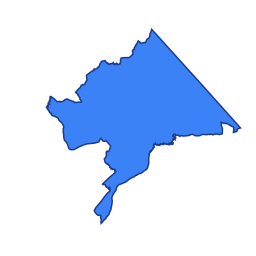 the district of Kasongo, Maniema, Democratic Republic of the Congo, rotated 228°
{"feature_id": "63176286B88012685356826", "entity_name": "Kasongo", "entity_type": "district", "adm_level": 2, "iso_a3": "COD", "parent_name": "Democratic Republic of the Congo", "parent_adm1": "Maniema", "projection": "orthographic", "projection_center": [26.428, -4.177], "detail": "fine", "context": "isolated", "style": "filled", "palette": "blue", "viewbox_px": 256, "rotation_deg": 228, "n_neighbors": 0, "source": "geoboundaries", "source_scale": "gbopen_adm2", "svg_char_len": 5661}
<svg xmlns="http://www.w3.org/2000/svg" viewBox="0 0 256 256"><g transform="rotate(228 128 128)"><path d="M203.1,91.8L203.3,90.9L202.5,90.5L202.0,90.9L202.2,90.2L201.8,90.2L201.8,89.5L201.4,89.3L201.1,88.3L200.9,88.2L200.6,88.4L200.1,88.1L200.1,87.7L200.5,87.5L200.6,87.1L200.0,86.7L199.6,86.3L199.8,85.5L199.1,85.7L199.1,84.9L198.6,85.0L198.9,84.7L198.5,83.6L197.7,83.1L198.0,82.8L197.4,82.4L197.9,82.3L197.7,82.1L198.2,81.9L197.7,81.0L197.0,81.3L196.4,81.2L195.7,80.7L195.4,81.0L193.7,80.5L193.0,80.6L191.8,80.1L191.2,80.2L190.7,80.7L190.1,80.3L189.7,80.5L189.5,80.1L187.9,80.0L185.8,81.3L184.3,81.9L184.0,81.9L183.5,82.3L181.9,82.6L180.8,82.1L179.5,81.8L175.7,82.3L172.3,81.3L171.6,80.8L170.9,79.4L169.1,78.2L168.7,77.3L167.0,76.4L164.3,74.2L161.5,72.6L158.7,72.7L156.3,72.1L152.4,70.4L151.6,70.4L150.0,71.1L148.0,73.5L146.7,79.2L144.7,84.8L143.5,87.1L139.0,93.3L137.5,96.2L137.2,97.2L138.5,100.2L138.5,100.9L137.9,101.0L135.5,100.6L133.9,101.4L133.2,103.2L126.1,103.1L124.6,100.2L123.5,98.3L123.6,97.5L124.3,97.4L124.9,96.9L125.0,96.4L124.1,95.1L123.1,94.7L122.6,93.9L121.4,92.7L121.0,91.2L121.1,89.9L120.4,89.4L118.2,88.2L117.2,88.0L116.4,88.4L116.0,88.1L115.5,88.3L115.0,88.3L114.7,88.9L114.3,88.5L113.9,88.7L113.1,89.1L112.9,88.8L111.6,88.7L111.1,88.1L109.9,88.3L109.6,88.2L109.4,88.5L109.3,88.3L108.7,88.5L108.6,88.3L108.1,89.0L107.8,88.8L107.8,89.2L107.3,89.2L106.8,90.0L105.7,90.5L105.6,90.4L105.7,90.0L105.2,89.9L105.0,89.3L104.0,89.6L104.2,89.2L103.4,88.2L103.7,82.0L103.4,71.8L103.2,71.5L102.9,71.8L102.5,71.7L102.3,72.4L101.3,73.1L101.0,72.8L100.3,73.0L99.1,72.3L98.1,72.5L97.9,73.1L97.2,73.0L97.2,72.7L97.1,73.1L96.2,72.8L96.3,73.2L95.9,73.1L96.1,73.5L95.6,73.5L95.7,73.9L95.2,73.4L95.3,73.2L94.9,73.3L94.8,73.7L94.5,73.1L94.1,73.1L93.5,72.4L93.2,72.5L93.4,69.5L92.6,64.3L91.4,58.8L90.2,50.2L89.1,47.6L86.2,47.0L84.4,47.0L82.8,47.6L81.5,49.1L80.6,48.8L79.5,47.4L78.1,47.1L77.2,46.3L76.3,45.0L75.1,44.2L75.6,49.0L75.5,50.9L76.2,52.7L76.4,55.6L77.8,58.2L78.6,60.3L79.4,61.5L80.1,62.0L81.1,63.8L84.4,67.6L86.4,68.8L87.6,70.2L88.9,73.3L89.8,77.3L91.5,80.0L92.0,81.7L91.9,83.5L91.1,85.1L90.7,86.8L89.5,89.6L89.0,95.5L88.3,98.4L87.5,100.4L87.7,102.1L86.9,103.0L87.2,103.5L87.1,104.5L86.8,104.8L86.6,106.0L86.1,106.2L85.9,106.7L85.3,109.1L85.5,110.6L85.0,112.5L84.9,114.4L85.5,116.3L86.2,117.0L87.6,119.5L91.4,122.9L94.2,126.2L94.9,126.7L95.0,127.9L95.7,128.4L96.0,129.0L95.9,129.6L95.4,129.1L95.1,129.1L95.0,129.5L95.6,130.5L95.4,131.2L95.9,132.2L95.7,132.7L96.2,133.0L96.1,134.6L97.0,135.2L97.7,135.0L98.7,136.2L97.7,136.8L97.6,137.1L97.9,137.0L98.2,137.3L98.3,137.8L97.9,137.5L97.4,137.6L97.6,137.7L97.3,138.0L96.1,138.1L95.8,138.2L96.1,138.9L96.0,139.3L95.1,139.5L94.6,140.3L94.3,140.2L94.2,139.6L93.9,139.8L93.8,140.1L94.1,140.4L94.6,140.6L94.6,141.1L94.3,141.2L94.5,141.2L94.5,141.5L94.3,141.7L94.2,141.4L93.7,141.7L93.5,142.1L93.8,142.3L93.7,142.4L93.2,142.5L92.7,143.2L92.3,142.9L91.9,143.4L92.5,143.8L93.0,143.6L93.0,144.5L92.2,144.5L91.6,145.0L90.6,145.3L90.6,146.0L89.8,146.1L89.5,146.5L88.0,147.5L88.2,149.0L88.7,148.4L89.2,148.4L89.2,148.7L88.1,149.7L87.6,149.6L87.3,148.9L87.0,149.7L85.9,150.2L86.2,150.8L86.4,150.5L86.7,150.8L86.7,151.2L87.0,151.1L87.0,151.5L87.6,151.4L87.5,151.0L88.1,150.9L88.0,151.2L88.4,151.2L88.2,151.3L88.7,152.0L88.8,153.0L89.5,153.3L88.8,153.3L88.8,153.9L89.6,154.0L89.3,154.7L87.8,155.1L88.8,156.1L88.7,156.9L89.0,157.1L89.4,156.8L89.2,156.6L89.4,156.3L89.5,156.4L89.6,156.0L91.3,156.3L91.5,156.1L91.5,156.3L92.0,156.4L91.8,156.6L92.1,156.6L92.2,157.1L92.5,157.1L92.6,157.6L92.4,158.2L91.9,158.1L91.7,158.8L90.5,158.3L89.9,159.8L88.9,160.5L87.6,160.7L86.9,161.4L86.9,162.4L86.7,162.8L85.6,163.2L84.9,163.8L83.2,166.2L82.2,167.2L82.1,168.3L81.6,168.7L81.4,169.6L80.4,171.3L79.8,172.0L77.7,172.6L76.6,173.6L76.0,173.8L75.9,174.3L74.3,176.1L73.6,178.9L70.2,182.2L70.2,182.6L69.2,183.8L68.7,184.1L68.7,184.6L68.1,185.0L68.0,185.4L66.1,186.6L64.7,189.5L62.0,191.5L60.6,194.2L64.4,197.8L67.6,199.2L69.9,201.1L67.9,202.0L67.1,202.7L66.8,202.8L65.9,203.8L65.4,204.3L64.7,204.4L64.1,205.1L61.5,205.6L60.5,206.1L59.8,206.2L59.2,206.7L57.4,206.9L54.1,203.4L52.7,206.7L54.1,208.9L52.8,211.6L110.2,211.8L185.5,211.6L184.7,210.2L184.1,209.6L183.3,207.3L182.9,207.0L181.2,204.8L180.9,203.6L181.2,201.2L179.9,198.9L180.2,198.5L180.1,197.7L180.5,197.5L180.9,196.9L181.7,195.3L181.8,194.4L183.9,194.3L185.9,193.9L184.3,189.9L184.5,189.2L184.1,189.1L183.8,188.6L183.7,186.9L182.9,185.8L182.4,185.6L182.7,184.0L182.3,182.8L179.6,181.3L179.5,176.1L183.1,171.9L184.6,169.7L183.3,167.6L181.6,166.2L181.5,165.4L180.9,164.6L181.4,164.1L181.5,163.6L182.1,163.2L182.1,162.9L183.4,163.0L183.2,162.6L183.5,162.5L183.4,161.9L183.6,161.9L183.5,161.5L184.3,161.3L184.4,160.4L185.2,160.6L185.3,160.2L185.6,160.4L185.5,160.2L185.9,160.1L186.0,159.9L186.0,160.3L186.4,160.3L186.3,159.9L186.6,159.3L187.4,158.1L187.8,157.9L187.5,157.3L187.8,157.2L187.9,156.7L188.8,156.3L189.6,156.4L189.7,155.9L190.2,156.0L190.5,155.6L190.8,155.8L190.8,156.1L192.0,155.8L192.7,155.9L193.3,156.2L194.5,154.4L195.1,152.7L194.4,150.1L192.7,147.1L193.2,146.6L193.3,145.8L193.0,144.3L193.2,143.8L194.6,142.3L194.4,141.8L193.8,141.7L193.6,141.1L194.0,140.5L194.5,138.3L195.0,132.8L194.5,132.0L191.0,129.6L190.7,127.8L189.6,125.2L189.9,123.8L190.8,123.2L190.6,122.6L191.0,121.9L190.1,119.7L190.1,117.1L189.6,113.0L188.8,112.9L186.6,113.3L185.8,112.7L184.4,112.8L183.1,112.3L182.5,112.4L181.6,111.5L178.9,111.4L178.6,110.9L179.1,109.7L180.8,108.2L181.1,107.1L182.6,105.9L182.8,105.2L184.2,105.3L186.6,103.8L190.6,102.0L190.7,101.1L191.2,99.9L191.3,97.7L192.4,95.4L193.3,95.3L194.9,92.9L198.7,92.7L203.1,91.8Z" fill="#3b82f6" stroke="#1e3a8a" stroke-width="1.5"/></g></svg>